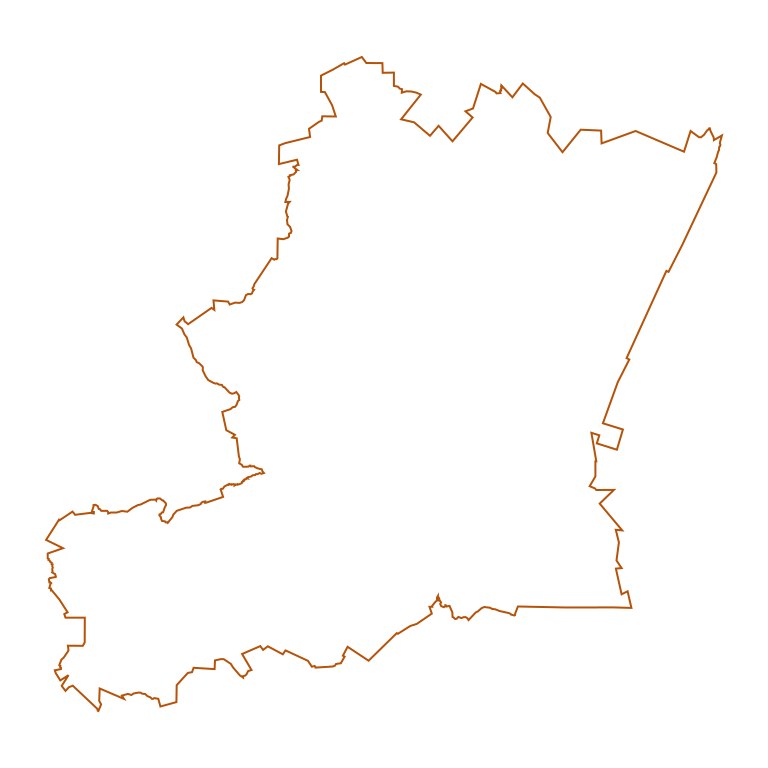 outline of Camargo, Chihuahua, Mexico
{"feature_id": "50627088B69672703244103", "entity_name": "Camargo", "entity_type": "district", "adm_level": 2, "iso_a3": "MEX", "parent_name": "Mexico", "parent_adm1": "Chihuahua", "projection": "albers", "projection_center": [-104.713, 28.058], "detail": "fine", "context": "isolated", "style": "outline", "palette": "amber", "viewbox_px": 768, "rotation_deg": 0, "n_neighbors": 0, "source": "geoboundaries", "source_scale": "gbopen_adm2", "svg_char_len": 6020}
<svg xmlns="http://www.w3.org/2000/svg" viewBox="0 0 768 768"><path d="M716.6,157.5L718.2,151.6L718.9,150.4L719.3,146.7L720.0,146.2L720.4,144.6L719.9,143.4L720.2,141.5L721.9,135.5L713.9,140.1L713.7,137.5L710.4,130.7L709.8,128.3L708.9,128.5L708.7,129.3L707.2,130.3L704.1,134.7L701.0,137.3L699.0,137.2L690.6,131.0L684.0,151.7L635.6,131.0L601.6,143.4L601.1,130.6L580.7,129.7L562.5,152.2L547.7,133.0L550.7,117.0L539.8,97.6L534.9,94.4L522.8,83.5L512.4,97.3L501.3,85.3L501.1,86.5L501.6,88.6L500.7,89.3L501.1,90.6L500.0,91.1L500.5,93.1L496.5,93.4L495.6,92.0L480.9,83.9L473.0,108.5L465.5,111.3L472.6,117.5L452.5,141.3L438.6,125.8L430.0,135.8L414.1,122.3L401.1,119.3L420.8,94.6L416.2,92.6L411.3,91.5L406.4,91.3L401.8,92.7L402.0,89.2L399.8,88.6L398.0,86.7L393.9,85.9L393.9,72.6L382.7,72.8L382.4,63.1L366.3,63.0L361.8,57.0L345.0,64.6L344.1,63.2L332.6,69.8L321.0,75.6L321.0,91.9L324.9,92.1L332.1,105.2L335.8,116.5L322.3,116.3L321.7,120.6L318.9,121.9L309.0,128.8L310.1,137.0L285.3,143.1L279.2,145.4L278.9,164.1L297.0,159.7L298.5,165.0L297.1,165.0L294.5,166.9L292.6,166.4L297.1,169.9L295.7,169.8L296.2,171.8L293.6,174.4L290.1,175.2L290.4,175.7L288.4,176.9L289.3,178.5L289.6,180.3L288.6,184.2L288.9,188.9L287.5,195.8L286.1,198.9L285.4,202.0L289.6,201.9L288.1,203.6L285.9,211.5L287.3,216.3L287.9,216.7L287.0,219.9L287.5,224.4L290.1,226.9L291.5,231.0L291.0,232.8L289.1,233.6L289.0,236.6L287.7,237.7L283.4,239.2L277.7,238.5L277.4,258.3L276.6,259.1L275.2,259.1L274.4,259.7L271.6,258.2L254.3,284.2L253.7,286.4L252.5,288.3L253.1,289.6L254.0,289.9L252.5,291.8L252.0,293.4L250.6,294.2L248.1,294.0L246.0,295.1L243.9,300.4L242.2,302.0L239.6,302.9L235.2,302.6L229.7,304.5L228.1,301.6L213.5,300.4L214.3,309.9L211.5,307.9L188.1,324.2L184.5,321.1L183.4,317.4L176.6,324.6L181.9,328.5L184.5,334.5L186.8,337.5L189.0,344.8L191.1,348.5L193.5,357.7L196.0,360.2L196.7,362.1L199.1,363.2L202.5,366.5L202.9,367.7L202.7,370.2L205.6,376.3L208.3,380.1L213.7,383.0L215.6,383.6L216.8,383.3L219.0,384.6L221.9,384.9L222.6,386.2L223.6,387.1L224.4,387.1L229.6,392.7L232.0,393.7L234.1,393.3L236.3,392.0L238.6,395.0L239.2,396.3L238.9,397.8L239.3,400.0L237.9,401.1L236.6,404.8L235.1,406.8L232.7,407.2L230.5,409.1L222.3,411.9L226.3,430.2L234.9,434.8L232.3,437.5L236.7,438.3L238.9,456.4L239.9,459.2L239.2,463.3L241.8,464.8L242.8,466.6L243.9,466.8L248.6,466.6L249.7,465.6L250.5,465.6L250.8,466.4L254.2,466.2L254.8,467.1L257.8,468.4L261.8,469.4L262.5,471.4L263.9,473.0L261.5,473.8L259.6,473.0L257.7,474.1L256.0,474.1L255.3,475.0L252.5,475.3L251.4,476.4L247.5,477.4L246.8,477.9L247.3,478.4L246.7,478.3L246.1,479.2L244.5,479.3L243.4,480.4L244.0,480.8L243.6,481.3L242.0,481.9L241.8,483.1L238.7,484.5L237.6,484.1L237.3,484.7L236.2,484.5L234.7,485.4L234.8,484.8L234.3,485.0L233.8,484.1L231.5,484.7L231.4,484.2L229.5,484.4L229.1,483.9L228.4,484.3L228.3,484.9L227.5,484.8L224.4,486.5L222.8,488.8L221.3,488.8L220.6,489.4L223.1,496.9L206.1,502.7L205.1,502.8L205.2,501.4L202.7,501.9L201.5,502.7L200.8,504.0L198.3,505.2L192.4,505.9L190.0,507.5L186.1,507.7L176.8,510.8L173.3,514.6L172.6,516.8L167.7,522.9L167.0,522.2L165.7,522.4L164.9,521.3L162.1,521.0L161.2,519.2L160.9,517.2L159.4,515.5L159.5,514.4L160.7,514.1L161.8,512.5L163.1,512.3L164.7,507.5L166.0,505.1L165.9,503.4L163.1,500.4L162.5,500.5L159.9,498.5L157.7,498.4L156.8,498.8L156.2,500.6L155.5,499.6L150.2,499.8L140.4,504.6L138.1,505.0L132.4,507.9L127.4,511.7L121.9,511.0L116.7,512.5L111.0,512.5L108.2,513.5L108.2,512.1L107.0,510.8L101.3,510.9L100.0,509.2L98.8,509.0L97.8,506.2L95.6,504.8L93.5,505.1L93.6,506.2L91.9,511.6L93.9,512.0L93.8,513.5L90.3,512.9L75.1,514.8L72.5,511.6L59.5,520.3L59.0,519.7L46.1,539.9L63.0,548.2L47.7,553.5L47.7,558.3L48.7,558.9L48.4,559.9L49.7,560.6L50.0,561.7L51.7,562.7L51.6,564.1L52.6,564.4L52.2,566.1L52.8,567.5L52.2,569.2L52.6,571.2L52.1,572.4L55.1,574.1L55.9,576.6L55.8,577.0L49.8,578.1L48.8,579.2L49.4,582.3L50.7,581.8L50.3,582.2L51.2,583.1L50.4,584.1L49.3,588.0L50.9,588.5L51.0,590.4L51.7,590.2L59.3,599.4L67.6,612.3L64.3,614.0L65.5,617.7L84.8,617.7L84.7,642.5L82.8,645.8L67.9,645.7L68.5,650.1L68.0,651.3L63.8,657.5L61.4,659.7L59.3,665.1L60.4,666.0L60.0,666.9L61.0,667.9L60.9,669.1L54.8,670.3L55.8,673.2L60.3,680.4L68.5,675.2L61.7,685.9L65.5,690.9L68.9,687.2L72.8,685.7L97.3,708.8L97.7,710.7L98.4,711.0L101.1,704.4L99.2,700.8L99.7,688.5L124.0,698.9L121.9,695.6L127.9,693.9L131.4,695.0L133.6,693.5L138.2,692.6L140.8,692.7L142.1,693.7L145.2,694.0L147.4,696.1L150.5,697.4L151.8,698.8L152.9,698.9L154.3,698.1L158.3,698.8L160.4,706.5L176.4,702.1L176.7,685.1L187.9,672.9L192.0,672.2L193.6,667.8L214.6,669.1L215.0,660.4L220.9,659.1L223.8,659.2L230.9,663.9L233.0,667.4L239.9,675.4L243.0,677.5L242.8,676.2L244.9,675.7L246.4,674.5L248.1,671.1L251.5,670.0L242.1,654.0L260.3,646.1L263.1,649.9L267.8,646.3L282.8,654.3L285.5,650.4L307.9,660.8L311.9,666.7L314.6,666.0L315.4,666.8L315.5,667.6L332.9,666.5L335.0,665.6L336.0,664.0L340.9,663.2L344.6,656.6L342.9,655.7L347.6,646.8L368.6,660.7L396.8,633.1L397.9,633.8L410.2,626.0L416.8,623.9L431.8,613.6L429.5,606.8L432.3,606.8L432.2,605.8L435.2,602.1L437.2,600.2L437.7,600.3L436.9,599.0L437.0,597.6L437.9,596.0L437.9,597.6L438.4,597.2L438.9,597.8L439.7,600.4L441.1,602.4L440.2,603.9L441.2,606.1L443.9,607.2L445.1,606.3L445.3,605.2L446.2,605.5L446.5,606.5L449.5,605.9L452.3,612.2L452.6,617.1L453.8,617.5L454.4,618.5L455.4,619.0L456.7,618.7L458.4,616.9L461.4,618.1L463.8,617.1L465.6,617.1L467.4,618.2L468.5,620.1L475.9,612.3L477.9,611.4L481.6,608.1L484.4,607.0L490.3,607.8L491.9,608.9L495.3,609.3L499.5,611.0L508.5,613.0L510.4,613.7L511.1,614.6L514.4,615.5L515.1,615.0L515.1,613.8L517.9,606.5L567.0,607.5L613.3,607.4L631.4,607.9L627.6,591.3L621.6,594.3L615.9,568.6L621.6,568.1L616.5,560.5L618.9,542.4L615.8,529.8L622.2,530.4L599.7,503.6L613.9,489.9L596.3,490.0L594.9,488.4L589.7,486.2L595.4,476.4L595.4,461.4L596.3,461.4L591.4,432.8L599.3,435.3L596.8,443.4L616.9,449.7L622.9,429.5L602.9,423.3L617.8,382.1L629.3,359.5L626.6,358.1L666.4,270.9L668.5,271.9L682.3,244.8L716.4,172.5L716.2,164.1L714.3,163.1L716.6,157.5Z" fill="none" stroke="#b45309" stroke-width="2"/></svg>